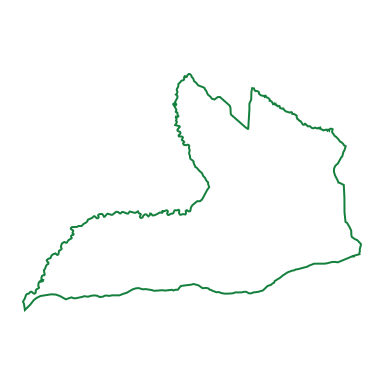 the district of Lisala, Équateur, Democratic Republic of the Congo
{"feature_id": "63176286B55618881730154", "entity_name": "Lisala", "entity_type": "district", "adm_level": 2, "iso_a3": "COD", "parent_name": "Democratic Republic of the Congo", "parent_adm1": "Équateur", "projection": "orthographic", "projection_center": [20.812, 2.549], "detail": "fine", "context": "isolated", "style": "outline", "palette": "green", "viewbox_px": 384, "rotation_deg": 0, "n_neighbors": 0, "source": "geoboundaries", "source_scale": "gbopen_adm2", "svg_char_len": 5964}
<svg xmlns="http://www.w3.org/2000/svg" viewBox="0 0 384 384"><path d="M359.5,254.2L359.3,253.2L359.8,251.7L359.8,249.1L361.0,244.5L360.8,243.9L357.2,240.1L355.0,239.2L351.9,237.0L351.4,235.5L351.2,230.6L349.6,227.2L347.1,222.9L345.5,221.9L344.5,212.1L344.4,197.6L343.8,185.0L340.2,183.1L338.3,182.5L338.3,181.8L335.0,175.3L334.0,172.0L333.9,170.1L334.2,168.2L335.3,165.8L337.9,163.5L341.1,157.6L342.3,156.3L343.3,152.2L344.4,150.4L345.7,146.2L343.9,145.2L343.2,143.9L341.5,142.3L340.3,141.8L338.0,138.8L335.8,136.6L335.0,136.3L332.3,132.5L332.1,131.7L332.6,129.2L331.4,128.7L330.3,128.8L329.5,129.4L329.2,130.7L328.2,129.7L327.3,129.8L327.2,130.5L326.0,129.6L323.3,130.4L322.7,129.8L321.1,129.3L320.2,127.5L319.8,127.7L319.3,128.5L318.4,127.9L317.3,128.5L315.0,127.6L313.4,128.3L311.9,128.0L309.8,126.2L307.7,126.3L306.5,124.8L305.8,124.6L305.3,123.8L304.8,123.8L304.3,124.6L303.7,124.8L302.9,124.6L300.5,121.1L299.5,120.9L298.1,119.2L297.5,119.2L296.6,117.0L296.7,115.6L294.0,114.0L292.3,113.9L292.0,112.5L291.1,112.1L289.8,112.6L285.6,111.3L283.9,109.6L283.3,108.5L282.7,108.4L282.1,108.7L280.2,108.1L279.6,106.2L279.0,105.9L278.7,106.3L277.5,106.2L276.5,105.0L275.6,104.9L275.5,103.8L274.9,104.0L274.4,103.5L273.6,104.2L273.0,104.2L272.3,102.3L270.5,100.7L269.7,100.8L269.6,99.3L268.0,97.8L266.2,97.2L265.6,95.7L265.0,95.7L264.5,96.7L263.9,96.0L260.8,95.3L259.0,93.7L259.0,92.7L258.5,91.6L256.6,91.0L255.6,91.1L254.7,90.5L254.0,88.4L252.1,88.2L251.4,92.0L251.2,99.5L249.4,103.7L249.4,109.4L248.3,127.8L248.2,128.8L247.8,128.9L245.6,127.4L231.1,114.7L230.7,113.4L230.5,108.2L230.0,106.2L228.9,104.9L219.9,97.0L217.7,97.1L214.5,99.5L211.7,98.6L210.7,97.0L207.8,94.5L206.1,90.6L205.1,89.6L204.6,88.2L203.8,87.5L198.1,85.3L196.2,82.8L194.2,81.3L193.1,78.3L191.7,77.0L191.6,76.1L190.6,74.7L189.7,74.0L188.7,74.0L187.3,75.4L186.7,76.9L186.0,77.2L185.0,76.1L184.6,76.2L184.1,77.7L184.0,79.6L183.5,80.1L181.3,80.8L180.1,82.4L178.4,84.0L178.2,86.7L176.9,89.0L176.7,90.1L177.5,91.8L176.8,93.9L175.9,94.5L177.5,96.2L177.3,97.9L175.0,102.2L176.3,104.4L175.8,105.3L175.3,105.3L174.1,103.8L173.5,103.7L173.2,104.2L176.4,109.7L175.8,111.6L175.9,112.0L177.0,112.3L177.5,112.9L177.3,113.8L177.6,114.9L178.4,116.0L178.3,116.5L177.6,116.9L175.9,116.7L175.8,117.7L176.6,118.9L176.0,120.7L176.8,121.5L176.8,122.4L175.2,125.1L179.2,126.1L179.8,126.8L177.5,129.6L177.5,130.7L178.8,131.5L179.9,131.7L180.5,132.8L180.1,134.0L178.8,135.0L178.6,135.6L178.9,136.4L181.6,136.5L182.5,136.9L182.9,137.7L181.8,139.8L182.3,140.5L183.5,141.0L184.2,142.1L183.2,143.1L183.1,143.7L184.0,144.9L186.2,145.2L187.4,144.7L188.5,144.9L189.2,145.7L189.0,148.2L189.7,150.2L189.1,152.9L189.2,154.0L190.0,155.8L190.0,157.6L190.4,158.8L193.1,160.9L193.7,161.8L193.5,162.5L194.4,164.9L195.1,166.0L195.2,166.9L196.8,167.8L199.5,171.0L201.9,173.0L203.4,176.3L205.2,178.0L205.9,179.8L207.0,181.4L208.0,182.2L208.2,184.3L209.2,187.1L207.1,190.1L202.1,199.4L200.0,201.2L197.3,201.2L196.7,201.6L192.8,204.8L191.7,206.1L190.8,208.1L190.4,210.7L189.9,211.3L188.7,211.4L186.9,210.2L186.0,210.6L185.7,211.0L186.0,212.6L185.8,214.0L185.3,214.5L183.6,214.1L180.2,214.8L179.4,213.9L179.0,212.6L179.3,210.5L178.7,209.8L176.6,210.4L175.0,210.2L174.4,210.6L173.3,213.2L172.6,213.6L171.1,213.7L168.7,215.0L167.8,214.8L167.1,213.5L167.8,212.0L167.8,211.2L166.9,210.3L165.9,210.5L164.5,211.1L162.5,211.0L162.2,211.4L162.6,212.4L162.2,212.8L159.8,212.5L156.9,214.2L153.9,215.4L152.5,215.4L151.1,213.7L150.2,213.6L150.3,214.2L149.5,215.4L148.3,216.4L146.8,214.8L146.2,214.4L144.9,214.4L143.4,215.6L142.5,217.5L140.9,218.0L140.2,217.4L139.9,216.5L140.8,214.4L140.6,213.9L138.9,213.3L137.9,211.4L135.5,212.8L134.0,212.7L129.8,211.5L128.0,213.6L126.8,213.5L123.2,212.0L122.1,212.0L120.6,213.4L120.0,213.5L118.0,212.0L116.1,211.8L112.5,214.7L111.4,214.8L107.7,213.7L106.8,214.2L104.7,216.7L104.0,216.8L102.6,214.4L101.9,213.9L99.3,214.2L98.1,215.2L98.7,217.3L97.8,218.3L96.7,218.2L94.9,216.4L93.9,216.2L91.9,218.0L87.9,219.7L87.3,221.3L86.3,222.4L83.3,224.1L82.0,225.7L81.3,226.0L78.6,226.0L76.9,226.9L71.9,227.1L71.1,227.8L70.8,228.6L71.1,229.2L73.0,230.4L73.2,231.2L72.5,232.7L73.6,234.3L73.1,234.9L71.8,235.2L71.3,235.7L71.0,236.7L71.7,237.8L71.6,238.3L68.5,240.1L66.8,242.6L66.2,242.8L64.2,242.0L62.2,243.3L61.7,243.9L60.9,246.8L61.6,248.5L61.5,249.2L59.1,250.8L58.4,254.2L57.8,254.8L57.1,254.9L55.4,253.4L53.8,254.0L52.2,254.8L51.5,255.7L50.4,258.2L48.4,258.7L46.7,260.2L47.4,261.8L48.3,262.3L48.4,263.3L48.2,264.0L47.0,264.6L46.3,265.5L44.9,269.0L43.9,270.2L44.7,274.6L44.3,275.2L43.1,275.3L42.0,276.0L41.4,277.8L41.5,278.8L42.0,279.3L43.3,280.0L43.0,280.8L42.6,281.3L40.8,281.7L40.9,280.4L39.0,282.2L38.5,283.5L38.3,286.0L39.0,287.4L38.9,288.0L36.9,289.1L35.8,290.2L35.7,292.7L34.5,293.7L33.9,293.6L31.6,291.8L30.5,291.8L28.9,293.5L26.8,294.1L26.0,295.1L24.8,298.5L23.0,301.6L24.0,303.9L24.9,310.0L30.1,304.8L33.7,300.2L36.6,297.9L40.5,296.0L51.3,294.3L56.0,294.6L60.1,296.1L65.8,299.3L71.4,297.4L73.6,298.2L75.6,298.3L82.7,296.8L83.9,296.2L88.1,296.7L91.4,295.7L94.9,295.4L97.3,295.8L99.5,297.0L102.9,296.7L104.6,295.8L106.1,295.5L109.1,295.9L112.3,295.3L119.5,295.3L124.7,293.3L126.1,293.1L132.8,289.3L136.0,288.3L138.8,288.1L142.6,289.3L145.8,289.1L151.9,290.1L154.2,290.8L162.5,290.2L164.9,290.6L172.1,289.8L173.5,290.5L175.0,289.8L177.9,289.7L180.3,286.5L181.0,286.3L181.2,285.9L191.0,284.7L193.7,284.0L198.6,285.4L202.5,288.2L206.4,287.9L208.8,288.6L209.4,289.6L211.0,289.9L212.5,290.8L216.4,292.2L219.2,292.1L221.0,293.0L225.0,293.7L230.7,293.5L233.4,293.2L235.2,292.4L241.4,292.4L244.1,291.8L246.2,291.8L248.9,293.3L251.3,293.3L253.4,292.4L258.0,291.9L263.0,290.4L267.7,285.9L270.9,284.9L272.5,283.5L274.1,282.7L274.6,281.1L280.0,277.8L282.8,275.5L287.7,272.3L292.3,270.6L294.0,270.4L295.9,269.4L297.5,269.3L307.6,266.6L308.2,266.0L314.1,263.7L323.7,263.7L326.6,263.4L332.1,262.0L334.6,261.9L337.9,262.3L351.6,256.6L354.1,256.4L354.2,256.2L353.7,255.8L359.5,254.2Z" fill="none" stroke="#15803d" stroke-width="2"/></svg>